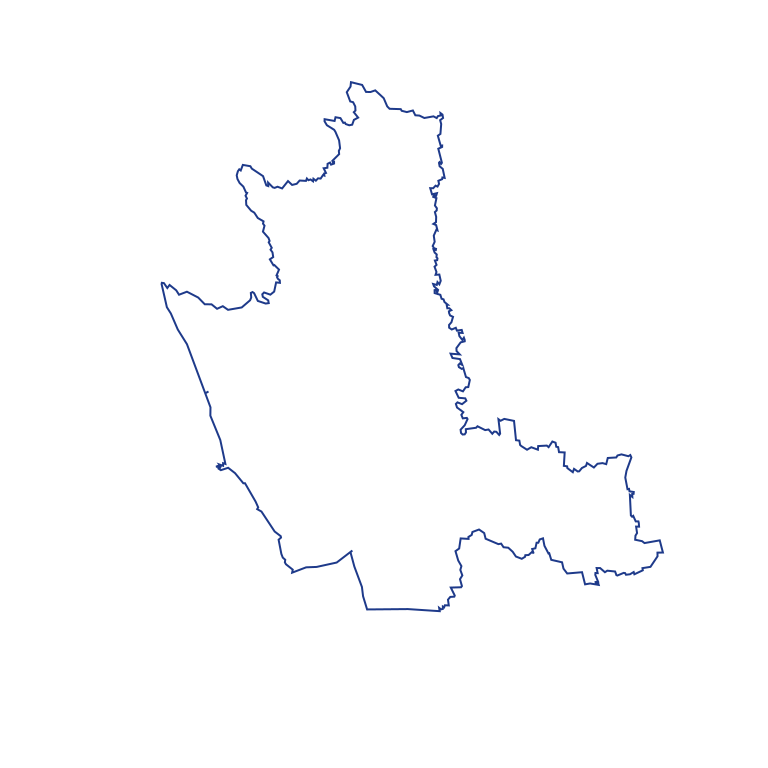 outline of Sukoharjo, Jawa Tengah, Indonesia, rotated 153°
{"feature_id": "22746128B41417259813102", "entity_name": "Sukoharjo", "entity_type": "district", "adm_level": 2, "iso_a3": "IDN", "parent_name": "Indonesia", "parent_adm1": "Jawa Tengah", "projection": "equal_earth", "projection_center": [110.813, -7.683], "detail": "fine", "context": "isolated", "style": "outline", "palette": "blue", "viewbox_px": 768, "rotation_deg": 153, "n_neighbors": 0, "source": "geoboundaries", "source_scale": "gbopen_adm2", "svg_char_len": 6167}
<svg xmlns="http://www.w3.org/2000/svg" viewBox="0 0 768 768"><g transform="rotate(153 384 384)"><path d="M196.8,208.9L199.0,208.7L204.4,213.5L208.4,214.3L210.4,213.1L218.2,216.5L222.4,211.7L225.2,214.3L230.0,216.0L234.9,214.3L239.0,221.5L241.2,219.3L245.8,219.3L249.7,217.6L251.1,218.1L253.2,222.1L255.8,219.7L258.8,225.8L258.2,227.5L260.9,229.4L254.1,241.0L259.0,243.8L257.5,248.7L259.0,249.9L257.8,253.8L260.1,256.3L266.0,253.0L266.9,255.2L274.8,258.7L276.7,255.6L281.5,260.8L286.4,260.5L289.8,266.3L290.4,267.9L289.1,272.1L291.9,274.0L284.9,292.1L292.7,298.3L296.8,298.3L298.0,300.7L303.1,287.0L304.5,286.3L305.6,290.4L307.4,291.6L310.1,290.5L311.5,296.0L314.8,297.0L319.9,303.9L321.8,303.2L331.6,306.6L333.0,303.6L335.0,302.5L336.9,303.3L337.6,305.4L336.5,308.5L330.8,310.6L325.5,314.8L325.6,316.2L329.4,317.6L329.1,321.4L326.1,322.9L329.6,329.9L329.0,333.6L326.9,334.3L323.6,330.6L318.2,331.7L318.1,334.3L323.7,337.8L323.5,345.3L320.3,345.4L317.0,341.6L312.7,344.0L310.3,343.0L305.7,348.6L305.8,350.8L307.8,353.0L306.1,362.2L307.8,362.1L309.6,365.0L309.2,367.1L307.2,367.9L305.6,365.4L305.0,371.7L311.2,376.1L310.9,380.8L303.1,376.0L304.4,380.4L303.2,383.1L296.8,386.3L292.7,385.4L292.1,386.6L291.8,389.0L294.2,387.7L295.1,392.4L294.2,395.8L290.8,393.8L290.2,396.9L294.8,398.5L294.5,401.5L298.9,401.8L300.4,404.6L299.2,407.1L295.9,408.4L292.0,412.5L294.0,415.1L293.8,417.6L293.2,419.3L290.5,419.2L291.4,421.8L293.2,422.7L292.2,426.2L291.2,425.7L292.9,429.6L292.5,432.4L294.0,433.8L293.3,437.9L297.6,442.0L296.3,444.7L294.8,444.4L295.0,441.4L293.1,443.3L295.1,448.3L294.8,450.8L292.0,448.3L290.1,450.5L289.4,447.7L286.6,450.2L285.0,456.4L288.5,457.9L286.4,460.0L285.7,465.6L283.1,466.3L282.6,470.9L280.4,470.2L279.3,471.7L279.7,473.2L278.2,475.5L279.2,478.1L278.8,481.4L277.0,479.9L276.3,480.8L277.7,482.2L278.0,484.8L274.3,487.7L272.3,493.6L267.4,497.6L266.6,496.6L265.4,501.9L267.3,504.2L264.2,504.6L261.6,509.3L260.6,514.1L258.3,514.7L257.1,516.6L257.6,519.9L252.9,525.8L255.2,528.4L254.3,529.4L252.1,528.0L250.2,530.0L255.1,531.2L253.9,537.5L251.3,536.1L248.0,537.3L246.7,535.6L244.1,537.3L243.3,540.4L239.2,540.1L238.2,541.5L236.4,540.1L234.0,549.0L235.6,552.7L234.6,556.1L233.8,556.5L233.1,554.2L232.0,554.8L228.8,569.0L224.6,568.8L223.9,570.1L225.3,570.6L223.3,580.8L220.2,581.2L215.0,589.7L214.2,593.6L210.6,594.2L209.6,597.5L210.7,599.8L211.6,597.5L214.3,598.2L216.3,597.0L218.4,600.0L227.3,602.7L230.6,607.1L234.1,609.2L234.1,614.6L240.2,615.9L244.2,619.4L244.3,621.3L254.1,626.7L255.1,629.9L254.5,638.8L258.5,649.6L263.5,650.3L267.4,652.4L267.7,660.4L276.4,667.9L278.8,664.2L284.7,660.9L285.8,651.1L283.6,649.1L283.6,644.4L285.3,640.6L287.5,639.9L286.1,633.1L290.9,633.0L294.6,629.5L297.5,630.3L300.1,633.0L300.2,634.7L301.7,635.1L302.1,640.7L306.1,643.7L308.6,640.8L316.7,646.9L317.7,645.1L317.4,640.5L313.0,633.1L312.8,630.7L313.4,621.5L316.1,614.0L318.4,612.2L319.6,609.2L328.7,606.3L328.9,604.6L327.7,604.5L328.4,603.1L331.6,603.5L331.6,605.8L334.3,605.8L336.3,602.4L339.8,603.6L339.9,598.4L341.8,598.7L342.5,596.8L343.4,597.9L347.2,595.8L349.4,597.2L352.4,596.1L353.7,598.9L355.2,596.8L356.6,599.6L358.8,599.9L359.4,602.1L361.3,600.4L366.8,603.6L370.9,602.0L375.5,603.1L377.4,608.4L386.0,604.5L389.3,608.1L392.4,608.4L393.8,609.7L395.8,616.1L397.3,612.9L398.7,614.4L397.4,624.1L404.0,635.9L404.2,638.7L410.3,643.3L414.7,639.3L415.5,641.0L417.6,639.9L420.5,636.8L421.5,633.2L421.4,628.6L419.7,623.7L420.0,617.4L419.2,616.4L421.9,614.6L421.9,611.5L423.5,610.4L425.4,606.1L423.7,598.7L421.8,595.6L421.1,589.2L417.5,583.6L419.0,581.8L418.6,579.3L422.7,574.7L420.6,566.5L421.0,563.4L422.4,562.6L422.2,556.3L424.1,555.2L423.6,551.9L425.1,547.4L429.1,546.9L428.6,539.9L427.7,539.8L425.6,533.6L430.5,529.5L429.8,528.4L430.8,527.7L430.8,526.0L429.8,523.7L430.8,521.4L434.0,523.5L439.9,516.2L444.7,515.2L449.3,520.0L451.7,519.2L452.4,516.7L449.2,511.1L450.0,508.4L452.9,509.4L458.7,515.3L458.5,523.9L459.4,525.6L461.3,525.6L463.0,521.4L465.3,519.4L476.0,516.8L489.3,520.9L492.3,526.5L498.6,526.8L501.5,533.3L507.5,536.4L510.3,545.4L517.7,555.7L526.1,556.6L526.6,561.8L530.1,569.6L533.5,567.9L534.3,573.8L536.0,575.0L536.8,574.0L542.6,551.0L541.9,543.6L543.0,526.2L541.5,508.9L549.2,442.0L553.1,434.6L555.3,408.4L561.6,384.8L563.3,386.5L564.5,384.2L567.3,387.1L566.9,384.7L568.2,383.7L568.2,386.4L571.2,386.6L569.3,385.5L569.9,383.8L568.5,381.3L560.9,380.1L557.2,372.2L554.4,359.4L552.9,358.7L551.8,337.5L552.1,331.2L553.8,330.1L551.1,326.0L548.4,302.2L545.1,295.3L545.5,293.9L548.6,293.1L552.6,279.2L553.0,275.3L551.8,272.2L553.3,270.1L553.2,267.9L549.6,260.0L551.5,257.6L536.6,256.0L527.1,251.6L507.2,246.4L487.8,250.0L490.2,249.4L490.6,247.6L493.3,234.8L495.8,213.2L499.0,204.4L501.4,190.8L464.9,172.6L437.5,156.3L436.5,159.5L435.5,157.3L433.7,156.9L432.6,159.0L431.8,157.7L430.2,159.2L426.8,157.3L424.9,162.8L421.6,164.2L417.9,162.6L417.0,163.4L416.9,172.3L407.6,167.9L406.3,168.6L404.9,175.6L401.1,177.9L400.4,183.7L397.7,186.6L398.0,193.0L396.2,202.6L391.7,203.3L385.8,211.6L379.0,207.6L378.2,209.4L374.4,209.7L372.4,212.0L365.4,211.2L362.4,205.7L363.7,200.0L354.8,189.4L352.1,188.6L351.6,184.3L347.6,181.7L345.5,176.1L344.8,170.4L340.6,165.7L336.8,166.0L335.8,167.3L332.8,166.0L328.3,167.2L327.6,165.1L326.9,169.7L323.7,168.9L320.1,173.3L318.6,172.5L315.8,174.8L312.4,174.3L314.5,167.0L314.4,158.3L313.6,158.2L314.8,151.4L306.3,144.3L307.9,138.0L306.8,132.0L293.0,126.4L295.8,114.2L290.9,112.7L283.9,107.5L283.6,109.2L285.8,110.3L285.4,111.5L283.0,110.7L282.4,118.0L281.4,119.6L279.5,118.5L278.1,123.5L275.0,121.9L272.6,116.0L269.8,116.3L263.2,112.0L263.7,108.2L263.0,107.4L256.2,106.9L255.0,106.0L255.0,104.2L251.2,102.8L246.9,103.1L247.3,100.8L238.0,100.5L237.3,102.6L229.6,100.1L218.5,106.3L216.9,109.6L212.0,107.2L209.3,119.5L224.1,124.0L225.4,126.8L230.9,131.2L228.8,134.7L226.2,136.3L224.1,142.5L221.5,141.1L220.1,144.4L219.7,146.1L222.1,147.3L221.8,153.4L223.2,153.1L223.7,154.8L215.3,173.5L214.0,170.6L212.8,173.3L211.5,172.8L210.5,174.4L214.0,176.9L213.3,179.3L214.8,179.7L211.5,191.1L207.4,196.5L196.9,206.3L196.8,208.9ZM547.3,456.9L544.1,457.0L543.8,457.0L545.5,456.9L547.3,456.9Z" fill="none" stroke="#1e3a8a" stroke-width="2"/></g></svg>